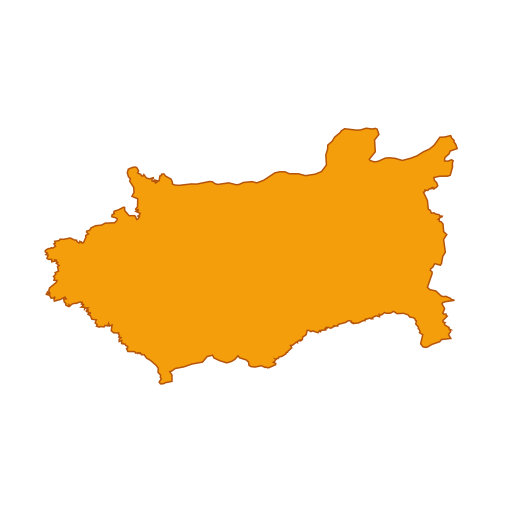 the district of Chereponi, Northern, Ghana, rotated 263°
{"feature_id": "2480657B14989848452061", "entity_name": "Chereponi", "entity_type": "district", "adm_level": 2, "iso_a3": "GHA", "parent_name": "Ghana", "parent_adm1": "Northern", "projection": "equal_earth", "projection_center": [0.223, 10.179], "detail": "fine", "context": "isolated", "style": "filled", "palette": "amber", "viewbox_px": 512, "rotation_deg": 263, "n_neighbors": 0, "source": "geoboundaries", "source_scale": "gbopen_adm2", "svg_char_len": 6048}
<svg xmlns="http://www.w3.org/2000/svg" viewBox="0 0 512 512"><g transform="rotate(263 256 256)"><path d="M150.4,439.3L154.6,437.5L157.2,439.9L159.0,439.6L159.0,440.4L160.2,438.6L161.5,438.9L164.3,435.2L166.0,434.7L166.8,435.6L167.9,433.4L169.3,433.8L173.0,438.5L173.9,437.5L175.2,437.5L175.4,435.5L176.4,434.4L180.8,436.8L185.9,434.7L187.0,435.8L187.6,438.8L187.8,447.6L189.2,444.4L190.2,443.9L192.8,439.6L192.9,436.8L193.8,434.9L199.4,430.2L201.4,424.5L204.0,422.3L217.1,428.7L218.8,428.8L220.6,427.2L222.1,427.9L223.2,429.9L226.6,432.5L224.4,437.9L226.0,439.2L232.8,441.3L236.7,444.4L249.6,444.2L254.0,448.0L257.3,445.2L265.0,445.5L267.2,444.1L268.1,442.2L270.2,442.4L270.3,441.5L271.7,443.5L272.5,443.4L272.0,445.2L272.8,445.7L273.3,443.7L274.9,442.4L275.8,439.2L277.1,438.1L277.2,435.3L280.2,434.5L281.4,432.7L290.2,432.9L298.9,430.0L299.4,431.6L300.9,431.7L300.1,434.5L301.6,436.3L301.4,437.9L302.0,438.0L302.7,440.3L301.6,439.2L300.8,440.7L301.7,441.1L301.7,442.7L303.5,444.9L306.7,444.3L309.5,442.2L312.2,442.1L312.8,447.9L311.9,456.0L312.5,458.6L320.3,461.9L324.2,462.2L326.5,463.3L327.7,461.8L326.7,458.0L327.4,454.7L330.6,455.4L333.9,460.1L336.5,461.5L338.1,468.8L342.7,467.8L345.1,466.4L346.6,466.7L349.2,464.6L351.8,463.9L351.1,457.7L351.5,453.0L344.4,446.5L341.1,441.4L338.9,434.6L335.8,428.1L334.2,421.5L333.0,412.9L335.9,406.2L337.2,400.6L337.4,396.3L335.0,388.4L335.0,385.0L336.8,380.9L338.2,380.2L344.9,387.1L356.7,387.8L361.7,392.8L367.1,391.7L368.1,390.1L367.9,386.5L369.4,381.0L368.4,375.2L368.6,371.3L371.5,359.5L369.9,356.0L368.1,354.4L364.5,348.7L360.6,345.6L357.3,340.7L353.3,340.1L347.7,337.6L337.7,337.0L331.8,331.3L330.0,324.7L329.7,314.9L332.4,308.2L333.6,299.1L336.0,295.1L336.7,289.8L336.2,284.8L330.2,272.8L328.5,265.7L330.3,261.1L330.5,252.5L329.1,247.9L329.1,245.1L331.9,237.9L331.7,226.7L332.8,224.1L335.0,221.7L335.6,218.9L334.6,206.0L335.4,200.5L335.5,188.2L336.3,184.0L337.8,181.7L339.7,182.0L342.7,181.0L346.4,175.9L348.7,174.6L348.7,172.2L347.3,171.7L347.2,170.4L342.7,169.1L340.7,165.2L342.3,164.4L343.0,166.6L343.9,164.4L342.7,163.2L343.0,162.0L344.9,162.0L345.6,163.6L346.3,163.5L345.5,159.7L346.8,156.7L350.5,154.6L349.1,153.5L349.6,152.1L351.1,151.5L352.8,148.6L354.8,149.9L358.4,148.3L359.1,146.6L358.9,143.9L357.8,139.9L354.4,138.4L350.1,139.1L348.1,140.7L345.5,139.8L338.9,143.0L334.0,142.7L330.3,140.1L327.2,145.6L319.3,144.4L317.2,142.2L316.5,142.4L316.5,144.7L315.4,144.7L314.8,142.3L312.4,146.2L311.0,145.5L310.0,143.6L309.1,145.0L307.4,143.6L306.7,142.2L310.8,140.6L311.5,134.9L317.2,131.2L320.2,131.5L320.6,130.6L318.5,124.8L317.8,120.8L316.7,120.1L315.4,120.6L314.4,118.1L312.5,117.7L310.9,121.7L309.7,122.8L308.2,122.3L306.2,119.6L307.0,110.3L305.5,106.6L305.6,100.5L304.1,95.8L301.8,94.0L301.3,90.9L300.4,90.7L298.2,92.3L297.2,89.5L295.2,89.4L290.1,86.3L290.2,84.7L291.2,84.5L292.0,82.9L290.8,82.8L290.5,81.8L292.3,80.0L293.6,79.8L293.9,77.9L296.5,73.9L296.0,66.8L296.6,63.7L295.3,62.5L295.1,57.9L293.2,58.4L292.7,56.9L290.1,58.2L288.6,55.2L289.2,53.8L288.6,52.8L288.6,50.6L287.2,47.6L285.8,47.3L284.3,49.3L283.0,47.6L282.2,49.8L279.1,48.2L277.9,49.7L277.5,52.8L275.1,52.6L275.3,55.4L276.7,55.7L276.2,57.4L275.2,56.9L273.7,58.3L273.2,56.9L270.6,59.4L269.8,57.7L265.0,58.1L264.0,54.6L262.3,55.1L260.3,52.5L259.0,53.5L256.5,52.5L256.0,55.5L254.1,54.5L249.5,47.2L246.8,46.1L243.8,46.8L244.2,45.5L245.7,44.7L243.5,43.2L242.1,46.3L239.1,47.5L239.0,50.1L240.1,51.6L237.8,50.3L235.8,50.3L236.7,56.5L238.5,61.4L236.6,62.4L236.6,59.9L233.7,60.1L232.3,61.3L230.4,61.3L228.7,63.8L228.7,64.8L230.1,64.5L229.3,65.3L230.8,67.8L231.2,70.8L230.8,71.6L231.8,75.3L231.2,77.8L229.6,76.9L228.7,79.7L228.4,78.0L227.5,78.0L226.6,76.3L226.0,79.6L224.3,79.4L225.3,80.4L224.9,82.8L224.4,81.9L223.1,82.7L223.1,81.6L222.1,80.8L221.4,81.3L221.7,82.4L220.3,82.6L220.0,84.5L219.2,84.5L219.5,82.7L218.6,82.1L217.0,84.3L213.2,85.4L212.1,89.7L209.1,88.2L207.3,90.1L205.8,89.1L204.5,91.7L204.9,93.0L204.1,96.6L205.6,97.9L204.6,100.3L207.0,101.5L204.3,102.0L205.1,104.7L199.5,103.2L197.1,105.4L196.4,110.3L195.6,109.9L193.8,110.8L192.3,109.9L191.5,112.1L189.9,110.0L187.8,109.8L188.5,112.4L185.5,111.9L185.2,113.1L185.9,113.3L184.9,113.5L184.6,115.2L183.1,115.8L181.8,117.7L180.4,117.4L179.9,116.2L176.8,117.2L175.9,123.9L174.3,124.7L174.3,126.7L173.7,126.8L174.2,128.1L173.4,128.8L173.9,129.5L172.0,130.2L171.7,132.9L167.9,135.0L165.2,138.6L159.4,143.8L156.4,145.3L152.4,144.6L149.5,146.8L147.3,146.2L145.6,147.1L142.7,144.5L140.7,145.6L140.5,148.4L141.3,150.8L141.8,157.3L148.0,158.1L151.8,156.3L152.1,158.4L154.2,162.1L154.7,170.6L156.6,179.5L157.2,190.0L162.2,195.3L162.8,200.8L159.9,201.9L156.7,206.9L153.5,213.8L154.3,218.7L156.0,222.5L159.2,226.0L157.0,227.2L154.0,233.7L151.5,235.7L148.4,235.7L146.9,237.4L145.9,241.4L146.4,248.0L144.2,251.6L144.5,252.6L143.6,253.9L143.6,255.3L145.7,262.2L147.0,262.5L148.4,260.2L149.3,261.8L150.9,263.0L151.4,262.6L151.0,263.6L151.7,264.3L151.6,265.7L152.9,266.4L153.3,269.7L155.4,274.0L156.6,274.2L156.6,275.6L157.7,276.2L160.5,280.3L163.0,279.4L163.1,281.6L165.5,285.4L164.9,286.6L165.9,286.6L166.8,288.0L166.3,289.7L166.6,290.5L167.2,289.9L167.5,291.9L169.7,292.4L171.8,296.2L175.8,297.6L175.8,299.3L174.2,301.3L174.8,303.0L172.3,308.2L174.2,310.3L173.1,310.7L174.3,312.0L174.1,316.1L175.7,315.7L176.5,317.1L175.4,317.4L176.5,318.6L175.3,321.2L175.7,323.2L177.2,324.8L176.5,325.1L176.9,326.3L176.5,328.6L178.1,329.2L179.1,336.8L180.3,339.2L180.5,340.7L179.6,342.7L178.7,342.3L177.7,343.4L177.8,344.4L177.1,344.4L177.1,349.7L178.7,354.3L178.6,356.4L179.4,356.2L180.2,357.3L179.8,357.9L180.5,361.3L179.6,362.5L179.5,364.2L180.6,363.8L182.0,368.0L180.7,371.2L183.0,371.2L182.2,372.2L182.4,373.7L184.2,376.9L183.2,378.5L182.9,382.5L184.3,385.8L181.6,389.0L181.1,395.7L179.1,399.7L176.5,401.3L176.0,403.7L174.6,406.0L172.9,406.3L172.1,407.3L169.0,406.3L165.8,408.5L164.2,408.2L163.0,409.2L160.9,409.6L160.0,408.9L157.5,411.9L148.8,408.7L145.4,410.7L144.6,413.5L144.9,415.5L146.8,419.7L148.5,427.8L150.5,430.0L150.4,439.3Z" fill="#f59e0b" stroke="#b45309" stroke-width="1.5"/></g></svg>